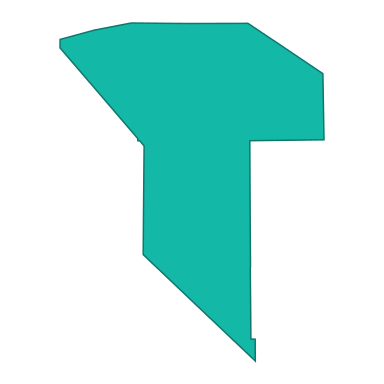 Nye, Nevada, United States of America
{"feature_id": "52423323B59835765201316", "entity_name": "Nye", "entity_type": "district", "adm_level": 2, "iso_a3": "USA", "parent_name": "United States of America", "parent_adm1": "Nevada", "projection": "albers", "projection_center": [-116.514, 37.564], "detail": "fine", "context": "isolated", "style": "filled", "palette": "teal", "viewbox_px": 384, "rotation_deg": 0, "n_neighbors": 0, "source": "geoboundaries", "source_scale": "gbopen_adm2", "svg_char_len": 653}
<svg xmlns="http://www.w3.org/2000/svg" viewBox="0 0 384 384"><path d="M191.1,23.5L172.6,23.4L131.2,23.0L94.8,30.0L87.4,32.0L60.1,39.4L60.0,47.9L100.9,95.5L137.8,138.6L137.8,140.7L139.8,140.9L144.0,145.8L144.1,147.3L143.5,212.6L143.2,254.6L146.1,257.3L151.5,262.6L157.1,267.8L195.8,304.6L199.3,307.9L200.4,308.9L209.6,317.8L210.0,318.0L220.6,328.1L233.7,340.6L234.1,340.9L249.6,355.6L251.3,357.2L254.7,360.4L255.3,361.0L255.2,344.3L255.2,339.2L250.9,339.0L250.3,268.3L250.5,266.2L250.2,222.6L249.8,140.7L324.0,139.8L322.9,73.7L273.8,40.6L273.1,40.2L247.9,23.3L240.9,23.4L240.1,23.4L191.1,23.5Z" fill="#14b8a6" stroke="#0f766e" stroke-width="1.5"/></svg>